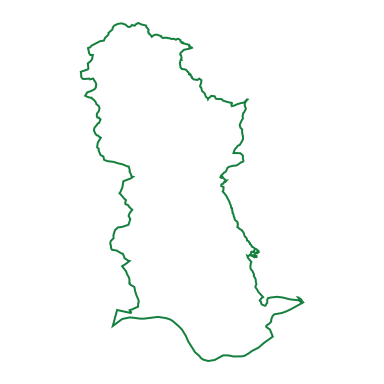 Branisca, Hunedoara, Romania (Equal Earth projection)
{"feature_id": "2599482B69726468396630", "entity_name": "Branisca", "entity_type": "district", "adm_level": 2, "iso_a3": "ROU", "parent_name": "Romania", "parent_adm1": "Hunedoara", "projection": "equal_earth", "projection_center": [22.77, 45.979], "detail": "fine", "context": "isolated", "style": "outline", "palette": "green", "viewbox_px": 384, "rotation_deg": 0, "n_neighbors": 0, "source": "geoboundaries", "source_scale": "gbopen_adm2", "svg_char_len": 5904}
<svg xmlns="http://www.w3.org/2000/svg" viewBox="0 0 384 384"><path d="M272.8,336.6L269.9,329.5L266.5,327.2L266.1,326.5L266.7,325.3L269.1,323.8L271.1,321.7L271.2,320.1L271.8,317.8L272.8,315.8L274.4,314.3L281.4,313.1L285.8,311.6L290.9,309.2L303.2,302.4L301.8,300.9L301.4,299.7L298.7,297.6L298.1,297.5L300.0,299.8L300.8,301.5L300.5,301.7L298.7,300.3L290.2,299.4L282.6,297.5L277.0,296.8L270.8,297.5L267.9,298.2L267.2,299.8L267.3,302.8L266.6,303.4L265.7,305.4L264.9,305.8L261.9,304.5L261.2,303.6L261.2,302.7L260.9,301.6L259.9,300.9L259.7,300.5L261.5,298.1L263.1,297.1L258.0,291.5L257.4,290.0L255.6,287.5L255.4,286.4L256.3,284.6L256.4,283.8L255.8,281.9L255.8,280.1L255.3,278.4L254.0,276.4L253.8,275.8L254.1,274.7L253.5,273.4L252.4,271.0L250.9,269.3L250.5,268.1L250.3,266.0L250.7,264.7L250.6,263.7L251.3,262.5L251.3,261.8L247.9,257.8L247.3,255.8L248.2,256.3L250.0,254.7L251.1,255.7L251.8,255.8L254.5,257.3L255.0,257.0L256.5,257.1L256.6,256.1L255.5,256.0L254.8,255.2L253.9,255.2L254.3,255.7L253.5,255.7L252.7,255.2L251.0,255.1L250.8,254.5L251.1,252.2L251.8,251.7L252.6,252.0L253.1,251.8L254.2,250.5L254.5,251.1L254.1,252.5L255.3,253.8L256.6,253.3L256.5,252.8L256.7,252.6L257.3,253.1L257.9,252.8L257.8,252.4L258.2,252.6L258.6,252.2L257.7,251.4L257.3,250.4L257.7,250.4L256.2,249.1L255.2,248.9L253.9,247.7L251.8,246.6L251.4,245.2L250.0,244.1L250.0,243.1L249.2,242.6L248.8,241.4L247.0,240.5L246.9,239.2L246.4,237.9L244.7,236.3L243.7,232.9L242.8,231.5L242.2,231.0L242.0,230.3L239.4,228.8L238.2,227.6L237.4,227.1L237.7,226.4L237.5,225.5L238.0,224.1L237.6,223.6L237.7,223.0L237.3,221.8L235.4,220.4L234.6,218.9L234.5,217.9L233.9,216.9L233.3,213.8L232.5,213.0L232.6,211.4L232.2,210.7L232.0,208.2L231.2,207.9L230.7,205.1L229.8,203.4L229.5,201.9L225.9,195.2L222.7,191.4L223.4,190.2L223.6,187.1L221.2,186.0L221.4,184.5L222.1,183.9L223.4,183.7L224.0,182.0L224.5,181.8L225.3,182.0L226.6,180.4L225.5,180.5L224.4,178.9L223.4,178.4L222.4,176.6L222.1,176.6L221.4,177.8L220.4,177.4L220.9,175.9L224.1,172.6L225.4,172.0L226.3,170.7L227.5,167.8L229.0,166.8L233.3,165.7L235.4,165.7L237.4,165.0L241.1,162.3L242.4,162.0L243.4,161.2L243.4,160.4L242.8,158.3L243.0,156.2L242.7,155.3L240.3,153.2L233.5,153.0L234.7,149.7L235.4,148.6L236.5,147.6L237.8,145.7L239.7,145.0L242.4,140.6L243.0,138.9L242.9,136.1L242.1,132.6L242.2,129.4L240.6,128.0L239.8,125.8L239.8,124.5L241.6,120.6L242.9,118.5L242.6,116.2L243.3,113.0L244.1,112.3L245.8,109.1L245.8,108.3L244.7,105.6L244.9,103.0L246.3,100.8L247.5,99.5L247.1,99.4L244.6,102.0L243.7,102.6L240.5,103.2L237.6,104.1L233.9,105.7L231.7,106.1L231.4,104.7L232.0,103.3L231.6,102.8L229.4,102.5L223.7,100.9L222.9,100.5L221.6,99.1L216.3,98.9L215.5,98.2L215.1,96.9L214.5,96.2L211.2,95.9L210.0,97.2L208.8,97.9L208.0,99.3L207.7,98.4L205.8,96.6L204.9,93.9L203.9,92.5L202.1,91.1L201.2,87.6L200.1,86.6L200.1,85.6L200.5,84.8L201.2,82.6L201.4,80.2L199.2,78.6L197.5,80.0L193.5,79.3L191.7,77.6L192.0,77.1L191.8,76.7L190.7,75.5L190.6,74.7L189.7,74.7L189.7,74.0L188.9,74.0L189.0,73.3L188.3,72.1L187.6,71.8L186.2,69.9L184.6,69.3L181.8,69.0L180.9,67.7L180.5,67.5L180.3,65.3L179.8,63.6L180.5,60.3L180.8,59.9L181.5,59.8L181.2,59.4L181.1,58.8L181.6,58.0L181.0,55.2L180.2,54.6L180.4,53.1L183.9,49.8L189.8,48.6L192.0,47.8L191.7,47.4L189.3,46.8L189.1,45.9L189.5,45.5L189.1,44.8L182.7,43.2L183.2,42.8L183.1,42.6L180.6,41.6L180.4,40.1L178.3,38.8L177.4,38.9L175.9,39.7L173.8,38.8L171.5,39.0L169.5,38.2L168.1,38.2L167.0,37.7L166.0,37.9L164.7,37.6L163.3,38.1L161.5,37.2L161.3,36.2L156.6,34.6L154.5,34.9L152.6,36.0L151.8,36.8L150.2,34.5L149.0,33.8L148.9,33.1L148.4,32.8L148.1,31.3L148.6,30.6L148.6,29.9L147.6,28.3L146.4,27.3L146.2,25.7L145.7,25.4L141.8,24.6L138.3,23.0L137.2,23.4L136.6,24.1L135.5,24.4L135.1,25.4L133.9,25.7L132.1,24.9L130.7,26.4L129.4,27.0L127.8,26.7L125.4,24.5L123.8,24.2L122.8,23.6L121.2,23.4L117.8,23.9L114.0,25.7L112.7,27.8L112.4,29.5L108.5,32.9L108.5,34.2L108.0,35.1L105.1,37.8L103.9,40.6L100.1,41.2L99.1,41.7L91.5,45.7L90.0,47.4L88.1,47.9L88.0,48.4L88.8,51.2L88.9,52.8L90.3,55.0L92.8,55.0L92.1,59.1L90.8,61.0L87.8,63.4L88.4,68.7L87.8,69.4L80.8,71.8L81.2,74.4L81.1,75.9L81.5,77.4L82.5,78.7L83.0,78.9L84.8,79.0L89.1,78.6L89.9,79.4L93.0,78.5L95.6,82.5L96.0,83.5L96.3,84.9L95.9,86.0L95.9,87.3L95.2,88.5L94.0,89.6L90.7,91.2L87.3,92.3L85.2,95.7L87.0,96.7L90.6,97.8L91.6,97.7L91.8,98.4L93.7,99.7L95.4,101.7L96.2,103.3L96.4,104.2L98.6,105.9L99.5,107.9L99.1,110.4L98.5,111.6L97.3,113.0L96.8,114.5L96.9,116.9L97.6,117.6L98.9,117.6L99.1,118.3L100.5,119.3L99.1,123.0L97.7,123.5L96.5,125.4L95.2,126.8L94.4,128.0L93.9,130.3L95.4,133.7L96.6,135.2L98.3,135.7L98.7,136.4L100.8,137.7L97.8,142.6L97.1,147.2L98.8,149.0L98.6,150.4L100.6,155.1L103.4,156.5L104.1,159.8L107.3,161.1L113.7,161.9L118.3,163.4L121.9,164.1L127.5,166.4L128.6,166.4L129.6,169.4L129.8,170.6L129.5,171.5L130.6,173.5L131.6,176.3L132.0,176.7L132.9,176.8L131.0,178.3L123.4,181.2L122.4,187.4L120.5,191.8L119.5,193.3L120.8,194.5L124.2,198.6L126.0,200.2L125.2,202.4L125.5,204.2L127.9,205.0L129.3,207.0L132.3,209.8L129.5,213.4L128.6,216.0L130.3,219.1L128.5,224.8L121.8,227.0L118.0,227.4L115.1,230.0L113.4,235.3L113.6,238.2L110.7,241.1L110.2,243.8L110.8,245.0L111.2,248.5L112.0,249.8L116.5,250.5L121.3,253.3L123.0,253.9L124.7,258.3L128.4,260.7L129.5,261.0L126.1,263.7L122.1,266.2L126.2,271.5L127.0,274.1L128.9,277.4L129.4,279.2L129.5,281.7L129.3,282.1L129.8,283.0L129.4,283.6L130.0,284.4L134.4,287.0L135.1,291.1L136.5,295.5L138.5,299.9L138.7,302.5L138.2,303.3L138.0,306.8L134.3,308.3L132.9,309.1L129.6,310.2L130.0,311.4L131.1,312.1L130.7,313.0L117.1,310.0L112.8,326.0L122.2,319.0L129.3,317.5L132.4,317.6L139.7,318.6L143.6,318.7L158.1,316.9L165.9,318.1L170.3,319.5L173.2,321.4L179.0,326.5L182.0,329.6L185.9,336.0L188.2,341.4L195.1,352.3L199.0,355.6L201.3,358.4L203.2,359.6L208.2,361.0L214.6,360.0L223.3,355.3L229.1,355.5L233.4,356.5L242.4,356.3L244.5,355.8L249.0,353.2L252.0,350.9L258.6,347.6L263.6,343.2L272.8,336.6Z" fill="none" stroke="#15803d" stroke-width="2"/></svg>